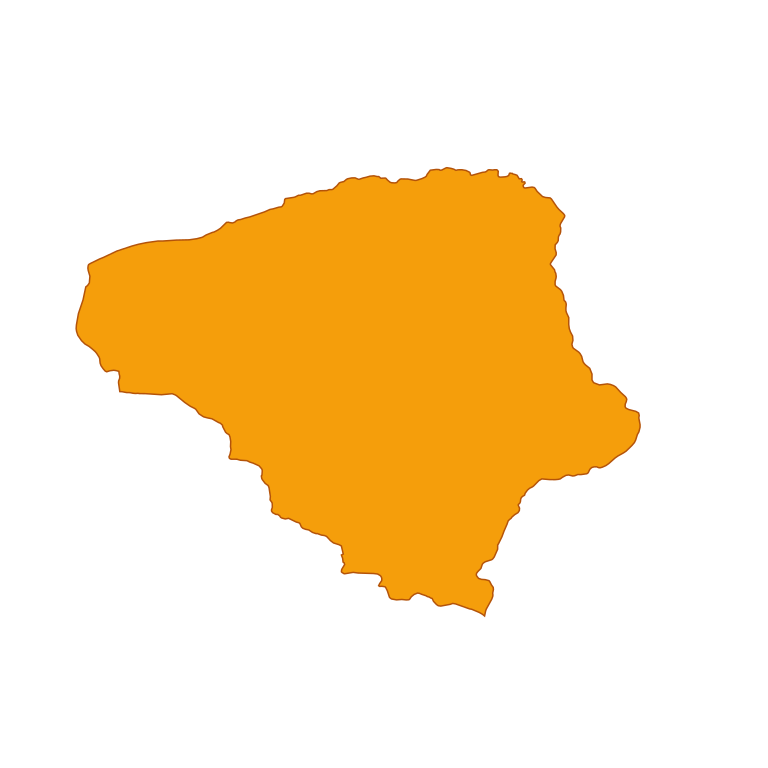 outline of Ospina, Nariño, Colombia, rotated 60°
{"feature_id": "7082276B72595090323112", "entity_name": "Ospina", "entity_type": "district", "adm_level": 2, "iso_a3": "COL", "parent_name": "Colombia", "parent_adm1": "Nariño", "projection": "natural_earth1", "projection_center": [-77.546, 1.029], "detail": "fine", "context": "isolated", "style": "filled", "palette": "amber", "viewbox_px": 768, "rotation_deg": 60, "n_neighbors": 0, "source": "geoboundaries", "source_scale": "gbopen_adm2", "svg_char_len": 6170}
<svg xmlns="http://www.w3.org/2000/svg" viewBox="0 0 768 768"><g transform="rotate(60 384 384)"><path d="M635.2,412.9L631.3,409.4L630.1,408.0L624.3,398.4L622.4,396.1L621.2,395.2L619.4,394.4L616.7,392.0L614.7,391.1L611.9,391.4L608.1,391.2L606.8,391.4L604.0,394.2L601.9,397.3L599.6,399.3L596.8,399.7L595.8,399.6L594.8,399.1L594.0,398.1L593.4,396.6L592.2,392.3L589.2,388.9L588.7,387.4L588.6,385.1L590.0,378.6L589.9,377.4L588.9,375.0L583.9,368.2L580.2,366.0L579.7,364.9L575.3,358.3L571.4,353.6L566.9,347.5L564.7,345.0L564.1,343.0L563.9,341.2L563.2,339.7L562.5,336.1L562.4,332.3L561.3,330.1L559.3,328.7L556.3,328.4L555.6,328.0L555.0,325.8L554.1,324.7L551.8,323.0L551.0,321.7L550.6,320.2L550.6,317.9L549.2,316.4L547.6,312.8L547.1,310.0L547.3,306.9L547.1,305.3L545.1,298.2L545.1,294.8L549.5,288.5L552.4,283.6L553.7,280.8L554.3,278.8L554.0,276.2L554.1,272.1L555.1,269.6L558.0,266.6L558.4,265.7L558.8,264.7L559.3,261.4L560.9,258.8L563.1,253.3L563.1,252.2L562.8,251.3L560.8,248.4L560.2,245.9L560.8,243.5L562.0,241.3L563.7,240.0L564.6,238.8L565.2,236.5L565.6,232.7L565.3,229.1L563.6,220.8L563.3,217.4L563.4,211.1L563.2,207.9L561.2,200.0L559.9,196.4L558.3,194.0L554.5,189.9L552.9,187.2L549.5,183.9L547.3,182.6L540.8,180.3L538.8,178.7L536.4,178.0L533.6,179.6L528.5,184.8L526.1,186.4L525.2,186.6L524.1,186.5L522.0,185.1L520.4,183.0L518.6,181.4L517.2,181.2L515.7,181.3L509.7,183.2L502.4,184.8L500.2,186.0L497.5,188.2L495.6,190.5L492.5,197.9L488.0,201.6L486.7,201.9L484.4,201.8L479.4,198.9L473.3,198.0L468.1,200.0L466.3,200.4L464.2,200.5L458.9,199.0L455.7,199.0L453.8,199.4L447.8,202.1L446.4,202.2L443.5,201.4L440.7,198.6L436.8,196.7L432.2,196.5L428.8,195.9L424.9,194.3L418.9,190.8L413.5,190.3L411.5,189.8L409.2,188.5L406.4,186.5L405.2,186.0L403.7,185.7L401.4,186.2L397.0,184.3L392.7,183.7L390.5,184.0L385.0,186.3L383.6,186.2L380.7,184.5L378.2,182.0L376.8,181.0L374.0,179.9L372.1,179.8L370.3,179.2L363.9,180.2L363.1,179.8L362.5,179.0L358.3,170.4L356.4,169.2L352.3,168.2L349.1,166.2L348.0,163.0L346.9,161.4L343.8,159.4L342.5,157.6L342.2,156.7L340.6,155.0L337.2,152.9L335.5,152.7L334.5,152.1L333.4,150.9L329.5,144.0L328.3,143.2L326.2,143.4L320.4,145.2L317.2,145.8L307.5,146.5L305.9,147.1L303.2,150.9L300.9,153.0L293.8,155.1L290.1,155.3L288.9,155.7L287.5,157.3L284.8,163.9L284.1,164.5L283.5,164.7L282.0,164.5L281.3,163.7L280.6,161.4L279.5,161.1L279.0,161.5L278.4,163.0L278.0,163.4L277.5,163.5L276.8,162.7L276.0,162.2L274.9,162.3L273.9,164.3L269.8,164.4L268.4,165.5L266.5,167.4L265.6,167.7L265.1,168.8L264.4,169.3L264.3,170.0L265.7,171.7L265.8,173.5L265.1,175.6L263.1,179.7L262.2,180.8L261.1,181.1L260.2,180.9L256.9,178.7L255.4,178.9L254.8,179.3L253.6,181.4L253.1,182.8L250.9,186.0L250.7,187.1L251.1,189.1L251.0,190.4L249.9,193.0L247.2,203.7L246.1,204.5L244.1,203.9L243.4,204.0L240.1,206.2L237.4,209.4L235.5,212.8L234.9,214.9L232.9,216.1L230.8,218.1L228.1,221.4L227.8,222.6L227.6,227.0L226.9,228.6L225.9,229.0L224.3,231.5L222.0,237.0L224.0,241.8L225.2,243.5L225.4,244.9L225.1,248.3L224.1,253.0L223.7,254.5L223.0,255.6L218.4,260.9L214.9,266.7L214.7,267.8L215.1,270.1L215.9,272.3L215.3,274.1L213.5,276.8L212.4,277.8L209.2,279.0L206.8,279.5L206.3,279.9L204.2,283.9L201.7,284.8L200.9,286.2L198.7,288.6L197.0,292.2L196.0,296.3L195.1,299.1L194.3,303.2L193.8,303.9L191.0,306.0L189.3,309.1L188.1,312.8L188.0,314.2L188.6,317.5L187.6,321.0L187.5,322.3L188.8,325.7L189.8,330.9L189.6,331.9L188.2,334.4L187.9,336.8L184.6,342.9L183.8,346.0L183.8,350.3L183.2,351.6L181.3,353.5L180.0,355.8L178.8,361.9L177.8,363.7L177.6,367.4L177.2,368.9L174.2,376.6L174.5,377.7L177.4,379.9L179.2,383.3L179.2,384.4L178.2,386.9L176.8,392.7L175.8,395.5L175.2,401.4L172.2,416.7L170.8,421.4L169.9,425.8L168.9,428.4L168.8,430.4L169.2,432.3L168.8,434.7L167.0,437.0L166.2,437.7L165.3,439.6L167.4,447.8L167.6,451.4L167.4,455.2L166.9,456.9L166.0,463.5L166.1,467.9L164.6,473.4L161.7,480.7L155.6,491.8L149.7,503.8L147.1,508.4L142.8,519.0L140.2,526.8L138.5,533.3L135.3,548.8L134.1,563.7L133.5,567.9L132.8,578.1L132.9,580.1L133.8,581.2L135.6,582.5L137.8,583.4L143.6,584.8L149.2,588.7L150.5,591.5L150.8,593.7L160.7,602.6L170.2,613.4L179.0,620.8L182.1,622.9L184.6,623.9L188.7,624.8L195.2,624.3L199.8,623.0L204.0,620.6L208.2,619.0L211.5,617.9L213.8,617.5L218.4,617.3L220.0,617.6L224.0,619.4L226.7,619.9L230.3,619.6L233.4,619.0L234.8,618.0L235.5,614.7L237.0,611.1L238.8,608.9L240.5,607.3L242.8,608.3L245.0,608.9L246.9,610.1L248.7,612.3L250.2,613.3L258.5,616.6L259.7,614.7L262.8,611.1L264.4,608.4L266.6,605.9L268.0,603.9L269.0,601.8L270.0,600.6L273.1,595.4L282.0,582.1L286.5,572.3L289.1,570.2L290.4,569.5L300.3,565.8L306.4,562.9L310.5,560.2L311.9,559.6L317.4,559.1L321.4,557.1L322.4,556.5L325.1,553.8L328.1,550.4L334.7,546.5L336.2,545.3L338.9,544.5L340.3,545.0L346.5,545.3L348.4,544.7L350.4,543.5L353.0,543.9L357.2,545.5L361.4,548.2L364.4,549.4L367.8,552.4L369.6,554.7L371.2,555.0L372.6,554.1L375.6,549.0L378.2,546.5L381.9,541.0L384.6,539.2L387.1,536.9L392.4,533.1L396.1,532.4L397.3,532.4L398.7,533.1L401.8,535.2L402.3,536.2L404.7,537.1L405.9,537.2L410.7,536.6L414.0,535.1L416.3,535.4L424.5,538.6L427.4,540.6L430.7,540.3L431.9,540.7L435.0,542.4L436.8,544.4L437.8,544.9L439.7,544.8L442.8,542.9L443.9,541.2L445.9,540.3L447.7,540.2L449.0,539.5L451.5,537.0L452.6,533.8L459.7,529.0L461.5,527.2L462.6,526.6L466.4,527.0L468.4,526.4L470.6,524.6L472.8,522.1L476.7,520.2L479.7,517.6L480.1,516.6L483.5,513.8L485.5,511.3L486.9,510.2L487.8,509.8L492.8,508.7L496.4,507.2L500.8,503.2L502.9,501.9L510.9,504.3L510.8,506.4L514.3,507.0L517.8,508.5L519.0,507.9L520.7,508.4L523.1,512.8L523.9,513.8L525.4,514.8L526.2,514.6L528.1,513.6L528.7,512.9L531.7,504.9L534.7,501.0L542.9,487.8L545.3,484.6L547.9,483.1L549.2,482.8L550.9,483.0L552.3,483.7L553.2,484.4L554.7,487.6L556.0,489.5L557.1,489.0L558.1,487.0L560.1,484.5L561.2,484.3L564.7,484.5L571.4,485.9L572.9,485.5L574.0,484.9L577.2,481.1L579.5,476.3L582.2,472.6L583.3,470.3L583.2,469.4L581.9,466.7L581.3,463.1L581.8,459.5L583.0,458.0L585.0,456.5L588.5,453.4L589.7,452.8L591.1,451.4L592.9,450.4L593.9,449.5L597.0,449.8L601.2,448.8L603.1,447.9L604.7,445.9L607.9,436.9L608.4,434.2L610.2,432.0L621.6,422.3L622.9,420.7L629.5,415.7L632.8,413.8L635.2,412.9Z" fill="#f59e0b" stroke="#b45309" stroke-width="1.5"/></g></svg>